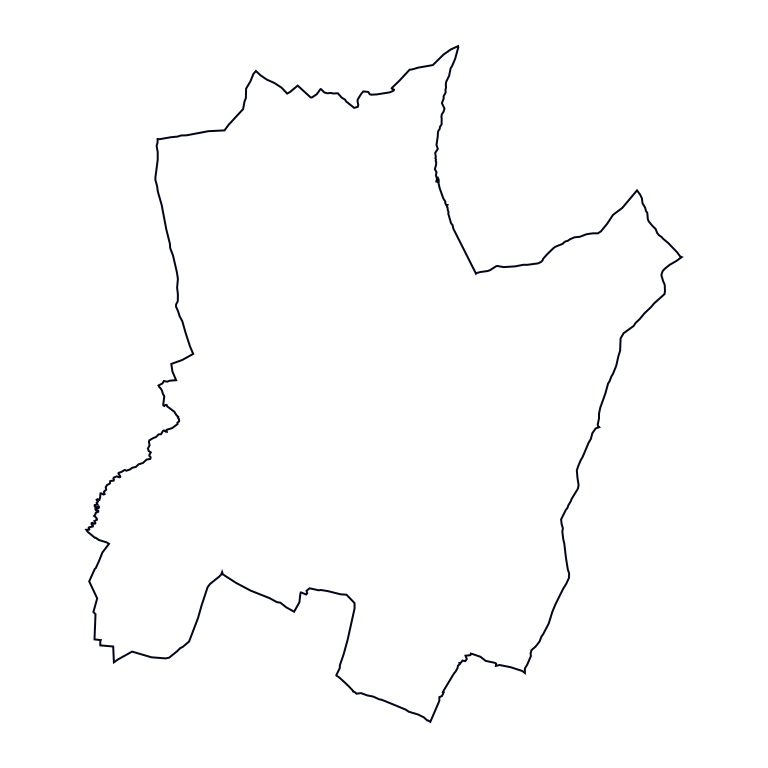 Bara, Timis, Romania
{"feature_id": "2599482B38713319059760", "entity_name": "Bara", "entity_type": "district", "adm_level": 2, "iso_a3": "ROU", "parent_name": "Romania", "parent_adm1": "Timis", "projection": "natural_earth1", "projection_center": [21.891, 45.906], "detail": "fine", "context": "isolated", "style": "outline", "palette": "ink", "viewbox_px": 768, "rotation_deg": 0, "n_neighbors": 0, "source": "geoboundaries", "source_scale": "gbopen_adm2", "svg_char_len": 6019}
<svg xmlns="http://www.w3.org/2000/svg" viewBox="0 0 768 768"><path d="M430.3,721.9L439.3,701.0L439.4,697.1L441.9,696.1L443.7,692.4L442.9,692.1L443.7,690.5L453.9,673.6L455.7,671.4L457.5,668.1L458.0,665.7L459.9,664.0L459.4,663.0L461.1,662.5L462.4,660.6L465.3,661.1L466.8,659.0L465.5,655.7L470.1,655.2L470.6,654.8L470.8,653.6L473.0,654.2L480.5,656.8L485.7,660.9L494.8,662.8L496.1,663.5L495.9,665.9L499.5,665.0L510.6,667.2L522.3,671.0L524.9,673.0L524.9,668.4L527.2,664.7L530.9,656.1L530.6,653.2L531.5,650.1L535.6,646.6L539.6,641.4L541.5,636.4L543.0,634.5L548.8,623.3L552.3,611.9L555.6,604.0L563.1,588.9L566.3,583.7L569.0,577.8L569.1,573.2L567.8,569.4L565.9,557.5L564.3,543.6L563.2,538.9L562.3,531.6L562.9,528.3L561.6,523.9L561.1,519.4L565.8,510.0L567.5,507.8L568.3,505.4L570.7,501.4L571.8,498.6L577.9,488.7L578.6,484.9L577.5,478.1L576.8,470.4L578.3,465.9L580.5,460.6L582.7,456.8L588.6,442.8L590.9,438.8L592.3,433.3L595.6,428.5L599.2,427.1L598.1,426.1L597.7,424.6L599.0,418.5L599.0,413.7L600.3,407.6L605.4,393.4L608.1,383.5L609.7,381.0L611.2,376.8L613.0,373.8L616.3,365.6L618.3,356.5L620.1,350.7L620.6,338.4L623.6,333.2L633.6,326.0L635.6,322.9L639.6,319.2L644.4,313.4L651.2,306.9L654.2,303.3L664.5,294.1L665.0,291.1L664.7,284.7L663.1,281.1L661.5,275.6L661.5,274.4L662.6,271.2L664.7,268.8L669.7,264.8L676.5,260.9L681.7,257.1L680.2,256.5L677.2,252.4L668.3,243.1L662.8,238.5L661.6,237.0L658.8,235.1L657.1,232.8L655.6,228.9L652.8,226.3L648.7,221.4L647.8,219.0L647.3,212.9L646.0,211.0L645.1,207.6L642.5,203.2L641.9,198.3L640.2,194.8L637.0,190.4L622.4,207.8L613.0,214.9L607.2,223.7L600.9,231.4L597.9,233.3L593.0,233.3L586.6,234.2L579.8,236.8L574.5,237.3L569.9,239.3L567.7,240.9L566.0,241.2L564.0,242.4L562.7,243.8L555.3,246.8L553.5,248.1L547.6,253.8L543.2,258.7L542.6,260.3L541.0,262.0L538.0,263.4L527.4,264.8L523.3,264.8L515.0,266.4L503.6,267.1L497.5,266.0L496.2,266.2L490.0,270.2L487.7,271.0L480.6,272.0L476.6,273.0L476.0,273.7L453.4,228.8L452.5,225.0L451.0,223.2L448.3,213.7L448.5,211.8L447.8,210.4L447.6,207.8L446.9,206.8L447.5,205.0L446.1,204.9L445.2,202.8L445.4,201.8L443.3,198.4L439.7,188.3L438.6,183.6L438.7,179.8L438.2,178.7L437.4,181.9L436.3,181.5L437.0,178.9L435.9,175.4L436.5,172.2L434.9,169.3L436.1,164.6L436.2,162.1L435.6,161.0L436.0,159.7L435.4,158.2L435.8,157.2L435.2,152.8L437.8,149.0L436.5,144.8L437.7,136.8L438.0,132.2L438.5,130.5L439.6,129.2L440.0,126.8L441.6,124.4L441.7,118.1L441.4,117.3L441.8,114.4L443.5,111.8L444.5,108.7L441.9,103.1L443.7,98.4L443.6,96.3L445.6,92.6L445.5,89.7L446.0,87.6L445.8,83.8L446.4,81.3L449.1,75.9L450.6,68.4L452.0,66.2L455.2,58.7L458.3,47.2L458.1,46.1L450.7,49.5L443.5,54.6L432.8,65.1L418.4,67.6L412.3,69.4L409.6,69.7L399.5,80.6L392.1,87.7L391.7,88.3L392.1,88.8L393.9,89.6L393.7,90.5L392.1,91.4L389.5,92.4L376.8,94.4L371.2,94.7L369.7,94.2L368.6,92.3L367.9,91.9L363.3,91.4L361.1,94.0L357.8,99.4L357.5,101.3L358.3,105.0L357.8,106.8L354.2,107.9L346.2,101.5L345.1,99.7L341.8,97.7L337.8,93.3L333.0,93.5L331.1,92.9L327.5,93.3L324.4,92.5L321.2,89.3L320.5,89.1L316.7,94.3L311.8,97.5L310.5,97.3L297.7,85.6L290.3,91.8L287.2,93.6L281.6,87.7L274.6,83.1L266.8,79.6L260.5,75.3L255.9,71.0L253.5,73.8L250.3,81.6L246.1,88.6L245.9,98.0L244.5,101.5L243.1,109.1L228.7,124.7L224.5,130.4L208.3,131.2L186.6,135.3L181.0,135.5L177.5,136.6L171.1,137.2L159.5,139.2L157.6,139.0L157.5,142.9L156.6,145.8L157.7,152.1L157.7,159.9L155.4,177.5L155.4,179.9L157.1,186.2L157.8,191.4L161.7,205.1L166.3,229.4L169.9,243.7L170.2,248.1L173.0,255.5L176.9,272.3L177.9,278.9L177.1,287.7L177.9,294.4L177.8,300.3L177.7,301.4L176.1,304.4L176.0,306.6L178.1,311.4L179.6,316.2L182.3,321.2L185.7,333.2L190.1,346.7L193.2,353.9L182.2,360.0L171.3,363.9L172.4,371.4L176.1,380.2L169.7,380.7L167.2,381.7L163.9,381.0L162.5,383.4L158.5,385.5L159.4,387.3L160.2,387.8L161.9,390.4L163.0,394.1L164.3,396.3L163.2,404.8L163.5,405.6L164.3,406.0L165.4,405.0L166.6,404.9L167.2,406.4L174.3,411.7L176.6,415.4L178.3,416.9L177.9,417.8L179.0,419.2L179.2,420.5L179.0,421.4L177.4,422.8L177.5,424.1L172.2,428.1L166.6,429.8L166.8,431.8L165.8,431.7L164.1,430.5L163.1,430.8L161.0,434.2L158.5,434.4L156.2,436.9L152.8,438.3L149.3,440.4L148.9,442.0L149.6,445.2L147.9,448.6L148.8,451.1L150.8,452.4L149.3,455.0L149.4,455.9L150.5,457.0L150.6,458.1L150.1,459.0L146.7,459.5L142.9,463.0L138.6,464.3L135.9,466.9L132.5,467.7L129.7,469.6L126.3,470.7L125.0,470.0L124.4,470.1L121.5,471.9L118.6,472.9L118.5,473.8L120.2,476.2L120.2,477.0L119.3,477.3L116.8,476.4L113.9,477.5L113.4,478.3L113.9,479.7L113.6,480.6L110.3,481.0L109.8,483.6L107.1,485.0L105.7,487.1L106.2,489.6L103.9,491.8L104.6,494.1L103.4,494.5L101.4,493.4L100.5,493.4L100.1,497.5L99.4,499.8L97.4,499.2L96.6,499.8L97.9,501.6L96.7,502.8L97.5,504.5L94.8,505.0L94.6,506.2L95.1,506.9L96.5,507.2L98.7,506.5L99.0,507.2L98.6,508.1L95.4,509.1L96.0,510.4L98.2,510.8L98.2,511.8L95.7,512.9L95.2,514.9L94.1,515.9L95.9,517.4L97.0,519.0L96.9,519.8L94.4,521.0L95.4,522.9L95.2,523.5L93.9,523.8L92.5,522.8L91.7,523.1L91.5,524.0L93.0,526.0L92.8,526.5L89.1,527.3L88.7,527.8L89.4,529.2L89.2,529.6L86.3,529.8L87.9,532.0L94.9,537.8L95.6,537.7L98.9,540.0L106.7,542.4L109.0,543.8L102.4,552.5L99.1,560.8L95.8,568.1L94.8,568.9L89.2,581.4L97.2,598.4L93.4,612.0L95.5,614.2L94.5,639.4L100.7,640.1L100.3,641.0L100.3,645.4L113.2,646.5L113.9,662.3L118.2,659.3L132.1,651.6L151.5,657.3L165.5,658.4L169.1,657.7L177.3,651.1L180.0,648.3L183.0,646.7L189.1,641.5L198.0,618.1L201.6,605.4L207.6,587.2L210.0,584.0L219.3,576.5L221.2,574.6L222.1,572.1L222.8,574.3L235.9,582.8L250.6,590.6L269.7,598.2L276.8,602.1L280.4,602.7L286.2,607.3L294.1,611.7L299.4,602.3L300.4,593.3L301.0,592.4L306.1,594.5L307.2,593.3L306.5,590.8L309.6,588.3L318.8,590.3L320.8,590.0L327.3,591.0L340.6,594.3L346.5,594.7L354.5,603.0L354.6,608.3L347.7,639.5L343.6,654.4L339.9,665.2L339.8,668.0L336.3,675.2L336.5,675.6L339.1,677.3L348.1,685.6L353.1,690.9L353.0,691.4L355.4,692.5L356.4,693.7L361.0,693.1L367.2,695.4L373.3,696.6L379.2,699.3L381.8,699.8L405.9,709.7L408.7,711.7L418.1,714.5L423.9,717.4L427.3,720.5L428.2,720.5L430.3,721.9Z" fill="none" stroke="#020617" stroke-width="2"/></svg>